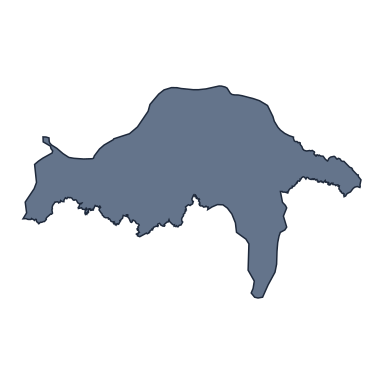 Walungu, Sud-Kivu, Democratic Republic of the Congo
{"feature_id": "63176286B8564391110970", "entity_name": "Walungu", "entity_type": "district", "adm_level": 2, "iso_a3": "COD", "parent_name": "Democratic Republic of the Congo", "parent_adm1": "Sud-Kivu", "projection": "albers", "projection_center": [28.724, -2.771], "detail": "fine", "context": "isolated", "style": "filled", "palette": "slate", "viewbox_px": 384, "rotation_deg": 0, "n_neighbors": 0, "source": "geoboundaries", "source_scale": "gbopen_adm2", "svg_char_len": 5987}
<svg xmlns="http://www.w3.org/2000/svg" viewBox="0 0 384 384"><path d="M46.0,137.0L43.0,136.9L43.2,141.9L50.4,146.1L51.0,148.7L52.7,150.9L52.1,153.0L42.9,158.1L38.5,161.1L34.6,164.4L36.5,182.5L34.1,188.8L25.2,202.1L26.6,212.9L23.0,218.8L26.0,218.6L27.9,219.4L30.4,219.5L31.2,219.3L31.5,218.5L34.2,220.0L34.4,220.4L35.7,219.3L36.3,219.5L36.5,221.3L37.1,222.1L37.9,222.4L38.5,223.7L39.1,223.6L40.3,222.3L41.7,222.3L43.7,221.5L44.5,221.5L46.3,219.5L46.0,218.9L46.7,217.5L50.7,214.0L51.5,214.2L52.5,213.2L51.9,209.6L52.4,208.9L52.1,207.9L52.6,205.6L55.1,202.0L55.5,202.2L57.2,201.7L58.2,202.2L58.7,202.9L59.2,202.3L60.0,202.4L60.7,200.5L61.9,201.5L63.9,201.7L64.0,200.1L65.4,197.8L66.8,198.7L67.8,197.4L69.8,197.8L70.1,197.5L71.7,198.0L73.3,200.1L74.4,200.2L75.0,199.7L76.4,200.2L77.8,202.9L79.6,203.7L81.8,203.1L81.5,203.6L79.6,204.2L79.2,206.4L78.2,207.4L78.4,208.5L81.6,207.8L82.4,209.2L84.9,209.5L85.6,209.2L86.2,208.1L86.6,208.5L87.1,209.2L86.9,209.6L85.3,210.2L84.9,213.1L85.4,214.4L86.1,213.7L86.8,214.3L87.0,213.8L86.6,213.0L87.4,213.3L87.8,213.1L87.8,212.5L88.5,212.3L88.5,211.9L88.1,212.0L87.9,211.7L88.3,211.5L88.9,208.8L89.8,208.7L89.6,209.4L90.4,209.4L90.6,210.4L92.0,210.2L92.1,209.5L93.2,210.1L93.4,209.9L92.9,209.2L93.7,208.6L95.2,205.5L96.3,206.3L97.1,206.0L98.7,207.2L99.8,206.1L100.6,207.3L99.3,208.8L99.1,210.0L101.5,213.4L101.8,213.5L102.5,215.4L103.4,215.9L103.8,216.8L105.4,217.7L108.2,217.8L108.5,219.1L109.5,218.8L111.1,221.4L112.8,221.9L113.5,221.8L113.2,222.1L113.4,223.2L113.8,223.5L114.4,222.9L114.7,223.1L114.3,223.9L115.0,223.9L115.3,224.7L115.8,224.5L116.1,225.0L116.6,224.1L117.0,224.4L117.6,223.7L118.6,224.2L120.2,221.3L119.9,220.6L120.7,220.6L121.0,219.5L122.5,218.4L123.2,215.4L126.4,216.4L126.9,215.7L126.5,214.8L127.4,214.7L127.9,215.0L127.6,216.8L129.0,218.3L130.6,222.0L131.5,222.4L132.4,221.6L132.4,220.3L133.3,220.1L135.4,221.4L135.7,222.6L136.9,223.6L138.6,224.1L139.2,225.1L138.0,226.8L138.4,227.3L137.0,228.9L137.3,229.7L138.2,229.5L137.8,230.4L138.5,230.8L139.3,232.4L138.5,232.6L138.1,233.8L137.3,233.5L136.4,234.1L137.5,235.1L137.5,235.8L139.8,236.7L146.4,233.1L147.2,233.8L148.8,233.0L148.8,232.5L149.4,232.5L149.9,231.9L149.7,231.3L150.3,230.7L151.4,229.9L152.3,229.9L152.0,229.0L153.1,228.8L153.4,227.4L156.1,226.2L157.8,226.5L158.2,225.7L157.5,225.3L157.8,224.1L159.6,223.3L160.9,225.1L162.9,226.1L164.4,226.2L164.8,225.6L164.1,224.7L166.9,222.1L168.1,222.0L169.0,219.7L169.6,221.5L172.1,224.0L173.8,225.2L174.4,224.9L174.2,226.1L174.7,225.9L175.4,226.5L176.6,225.7L177.0,226.7L178.1,226.8L179.2,225.3L181.0,225.0L182.7,222.0L181.9,221.2L181.6,219.0L182.3,217.3L183.5,215.7L183.4,214.3L184.8,213.2L185.0,211.8L185.8,211.0L185.3,210.2L186.2,209.9L185.9,209.4L186.2,209.0L185.5,207.0L188.4,204.7L190.1,205.5L191.0,204.5L191.3,204.7L192.6,203.8L193.2,201.8L192.6,201.9L192.7,200.8L192.1,200.2L191.9,198.9L193.5,195.2L193.9,194.8L194.1,195.3L195.4,194.9L196.2,196.2L195.1,196.7L197.0,197.7L196.5,198.4L198.0,199.0L199.0,198.7L199.4,199.3L199.0,199.5L198.6,201.0L199.1,201.2L199.8,202.8L199.5,203.1L199.9,204.0L199.2,204.2L199.7,205.4L200.5,205.9L202.3,205.9L203.6,207.1L205.4,206.8L205.8,206.2L206.2,206.2L207.2,207.1L208.2,207.1L207.7,209.6L212.1,206.9L217.4,204.6L222.9,204.8L227.4,208.1L231.9,214.1L235.4,222.8L236.5,232.3L245.9,239.1L248.9,243.9L248.1,270.2L254.3,281.1L253.1,288.4L251.2,293.0L254.6,297.2L258.0,298.0L262.6,297.2L268.1,284.9L275.0,272.2L276.6,264.2L277.0,251.3L277.7,242.7L279.0,236.2L280.3,232.4L284.9,229.9L286.7,227.1L283.4,216.1L286.7,207.9L285.4,205.4L282.5,202.3L280.4,191.5L282.3,191.5L282.8,192.1L284.8,192.1L287.4,192.9L287.2,192.2L288.0,192.3L288.0,191.3L288.7,190.9L288.8,190.1L290.3,188.4L292.2,187.8L292.3,186.2L293.3,186.5L294.7,185.7L295.0,184.8L296.8,183.3L296.5,182.8L296.7,182.4L297.3,182.5L297.6,181.3L298.0,180.9L299.5,181.2L300.1,180.4L300.1,179.2L300.7,179.4L301.8,177.6L303.2,176.7L304.6,177.3L305.9,179.0L306.7,177.5L307.2,177.4L308.0,177.6L309.2,178.9L311.2,179.5L312.0,178.9L312.8,179.4L313.1,178.9L313.6,179.3L314.1,178.8L314.5,178.8L315.4,180.0L316.9,179.5L317.3,181.0L318.1,181.2L318.0,182.0L319.0,182.1L319.3,181.8L319.9,181.8L320.2,181.2L321.0,181.0L321.8,181.4L321.7,181.9L322.2,181.9L323.2,182.7L325.2,180.5L325.5,181.6L326.0,181.8L325.8,182.2L326.9,182.2L327.5,182.8L328.1,182.3L328.5,182.5L328.0,183.0L328.3,183.3L328.0,184.4L328.9,184.9L329.9,185.0L330.5,184.5L330.0,184.0L331.8,183.1L332.1,183.6L332.9,183.3L332.9,184.5L335.2,184.8L335.8,185.6L336.9,184.8L338.0,184.9L338.4,185.4L338.0,186.1L338.3,186.3L339.3,186.0L338.9,188.9L340.2,190.5L340.2,191.2L341.3,191.5L341.3,192.5L342.1,193.1L342.6,193.5L343.4,193.3L344.2,194.1L343.8,195.0L344.1,196.7L345.7,195.9L346.5,194.3L347.7,193.3L350.5,191.9L353.1,188.5L354.7,187.2L357.2,186.5L359.9,187.5L360.2,186.6L360.0,184.7L361.0,179.9L358.4,176.6L358.2,174.9L357.1,174.8L352.3,169.7L352.5,169.2L351.7,168.0L349.6,167.2L343.9,161.3L342.5,161.4L341.0,160.6L340.4,159.3L339.6,158.7L338.2,158.3L337.5,159.1L336.7,159.0L335.2,157.0L334.1,156.3L330.5,157.1L328.8,158.5L327.7,160.9L327.4,161.0L325.3,159.2L323.1,156.2L320.6,156.0L319.2,155.1L318.5,155.6L317.6,154.9L316.2,155.1L316.3,155.9L315.9,156.0L314.0,154.1L314.0,153.4L314.5,152.7L314.4,151.9L312.2,150.4L310.9,150.9L309.7,150.5L306.6,151.0L304.0,150.3L303.4,149.4L302.8,149.2L301.9,146.6L300.2,144.4L300.2,142.9L299.0,142.4L298.1,142.8L297.0,141.5L295.4,141.6L294.3,140.9L293.4,138.3L293.5,137.1L289.3,135.7L284.7,133.4L280.4,130.1L278.0,127.4L274.3,121.3L272.9,116.5L267.5,105.5L259.5,100.7L253.6,98.7L242.1,95.7L238.2,95.0L234.3,94.9L231.8,94.4L230.2,93.1L227.1,88.1L225.1,87.0L221.5,86.1L219.1,86.0L206.0,88.9L198.4,89.7L193.3,89.7L181.1,88.5L177.0,87.7L171.5,87.6L164.0,89.9L158.7,94.1L150.0,104.4L148.1,111.3L137.5,126.9L129.5,133.7L113.8,138.8L113.1,139.8L104.1,145.0L99.5,149.0L94.3,155.9L93.5,158.2L92.2,158.7L83.7,159.0L73.9,158.3L68.8,157.4L63.0,153.6L56.8,148.3L51.6,145.0L49.8,143.1L49.2,141.4L49.0,137.9L46.0,137.0Z" fill="#64748b" stroke="#1e293b" stroke-width="1.5"/></svg>